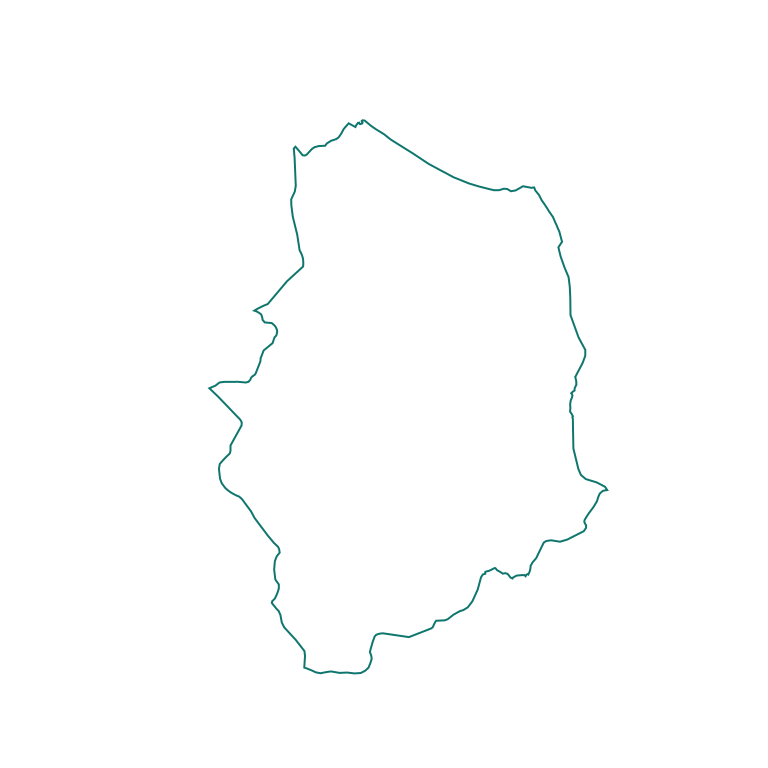 Carasova, Caras-Severin, Romania (Equal Earth projection), rotated 51°
{"feature_id": "2599482B41330185551696", "entity_name": "Carasova", "entity_type": "district", "adm_level": 2, "iso_a3": "ROU", "parent_name": "Romania", "parent_adm1": "Caras-Severin", "projection": "equal_earth", "projection_center": [21.908, 45.181], "detail": "fine", "context": "isolated", "style": "outline", "palette": "teal", "viewbox_px": 768, "rotation_deg": 51, "n_neighbors": 0, "source": "geoboundaries", "source_scale": "gbopen_adm2", "svg_char_len": 4557}
<svg xmlns="http://www.w3.org/2000/svg" viewBox="0 0 768 768"><g transform="rotate(51 384 384)"><path d="M594.0,583.9L595.0,579.0L594.7,574.6L592.6,570.7L590.0,566.7L589.8,566.6L588.4,565.6L586.9,564.8L585.3,564.2L583.6,563.8L581.5,561.1L579.5,558.2L577.5,555.4L575.7,552.4L574.4,550.3L574.0,548.0L574.5,546.3L575.2,544.7L576.1,543.2L577.1,541.7L596.4,523.9L603.7,501.0L603.6,498.8L602.7,497.3L602.0,495.7L601.3,494.2L600.8,492.5L605.9,485.5L606.9,482.5L607.0,475.0L608.3,467.8L609.6,464.7L610.3,459.5L608.5,452.1L602.7,440.5L599.0,435.4L595.3,430.3L594.2,427.1L595.2,424.7L594.6,424.3L593.9,423.8L593.9,422.8L595.1,420.4L595.8,418.0L596.2,415.7L596.7,413.8L597.3,413.3L598.4,413.3L599.2,413.3L599.7,413.3L600.1,413.2L602.7,412.1L606.2,411.0L606.8,409.8L607.5,408.6L609.6,407.4L614.1,407.5L616.0,406.5L615.6,405.8L615.9,403.9L616.2,402.1L616.6,401.2L617.0,400.4L618.3,398.7L619.3,397.0L620.6,395.7L620.9,395.1L621.6,395.0L622.5,394.9L622.1,394.0L621.8,393.3L622.0,392.6L622.2,391.8L622.8,391.7L621.9,389.7L621.2,388.5L620.4,387.5L619.6,386.4L618.6,385.4L618.1,385.0L617.6,384.5L616.1,380.7L615.1,375.2L613.5,371.9L607.8,359.7L608.1,356.8L610.6,352.5L617.3,346.5L620.2,339.6L624.1,321.4L623.0,317.6L621.0,315.8L620.1,315.8L619.3,315.7L618.5,315.5L617.7,315.3L617.2,315.1L616.0,313.8L614.6,310.1L613.4,306.3L612.4,302.4L611.4,298.5L609.1,292.2L607.9,290.5L606.8,288.8L605.8,287.0L604.9,285.2L604.8,281.1L606.0,278.8L606.9,277.3L603.0,276.9L594.4,280.6L584.9,287.0L578.7,288.2L572.5,286.5L553.3,277.4L529.7,259.0L528.4,258.6L528.0,257.5L525.4,257.0L522.6,256.8L520.1,254.4L516.8,252.0L514.4,249.4L512.9,246.6L511.6,244.8L510.0,244.3L509.0,244.3L508.8,242.2L509.0,240.0L507.5,238.8L505.4,234.7L504.6,234.3L503.3,233.1L502.1,232.5L500.1,231.5L498.8,230.9L498.3,229.3L497.9,228.7L492.7,216.5L488.8,209.9L484.2,206.1L470.3,203.5L447.8,195.7L434.4,185.1L425.3,178.4L417.1,173.3L413.6,172.3L406.8,170.3L396.1,166.5L390.1,163.7L387.5,162.4L385.5,156.1L382.7,154.9L375.6,151.7L372.5,151.0L369.4,150.0L366.2,149.2L360.5,147.6L353.4,147.1L351.6,146.8L346.1,146.2L340.3,145.8L334.7,144.6L328.8,144.6L325.7,143.6L324.4,145.9L317.8,151.5L316.4,159.9L314.1,164.0L310.1,165.5L307.7,167.9L305.8,172.6L302.7,176.5L298.7,179.6L294.4,182.8L290.1,186.0L285.7,189.0L281.2,192.0L267.0,199.9L258.1,203.6L253.7,205.5L245.1,209.1L240.7,210.9L223.1,216.4L212.1,220.2L201.0,224.0L198.7,224.8L194.4,225.8L190.2,226.7L180.8,230.0L175.3,231.6L167.2,233.2L166.4,233.9L165.6,234.6L165.6,235.9L166.4,236.2L167.2,236.1L167.8,236.8L167.4,238.2L167.0,239.1L165.8,239.2L165.3,238.9L164.7,239.9L165.1,241.0L165.1,242.0L166.3,244.5L159.2,247.4L160.4,254.6L162.5,259.6L163.8,264.2L163.6,267.0L161.6,272.3L161.1,277.1L161.8,279.8L159.9,282.4L158.0,285.0L156.2,289.1L156.0,292.2L157.1,299.8L156.9,300.8L156.6,301.8L155.0,303.3L150.1,303.3L147.0,303.4L143.9,303.5L144.3,306.0L151.9,311.1L174.4,327.8L178.3,332.2L182.1,339.9L186.7,343.5L196.6,349.6L213.4,357.5L227.1,365.5L229.3,365.9L231.5,366.4L233.6,367.2L235.6,368.1L237.0,369.0L238.8,370.3L240.4,371.6L241.8,373.0L243.1,394.7L248.7,424.0L247.6,427.6L246.7,431.2L246.7,431.4L245.9,435.0L245.4,438.6L247.0,437.6L248.7,436.8L250.5,436.2L252.4,435.7L253.8,436.0L255.2,436.6L256.5,437.2L257.7,438.0L261.1,437.9L266.0,432.9L269.2,432.3L270.1,432.3L271.0,432.3L271.9,432.4L272.7,432.6L273.6,432.8L274.4,433.1L275.2,433.5L276.0,433.9L278.5,437.1L278.9,439.9L282.1,444.8L282.2,456.4L286.5,463.9L287.3,464.5L288.0,465.2L288.7,466.0L289.2,466.8L295.2,477.4L295.5,479.0L295.4,479.9L295.3,480.9L295.3,481.8L295.4,482.7L295.6,483.6L296.6,485.3L297.0,488.0L295.9,490.4L290.5,496.0L281.6,507.1L279.3,510.9L279.2,515.9L277.4,522.4L289.1,520.9L318.4,518.4L319.3,518.3L320.3,518.2L321.3,518.2L322.3,518.3L323.3,518.5L324.3,518.7L326.6,520.8L335.2,542.0L338.9,545.0L339.4,545.5L339.9,546.1L340.4,546.7L340.7,547.3L341.0,548.0L341.3,552.1L341.7,555.3L342.2,558.7L342.8,562.0L346.1,565.7L354.4,571.0L359.2,572.6L365.3,572.8L370.2,571.8L370.7,571.6L373.2,570.8L375.7,569.8L378.1,568.7L380.4,567.4L384.0,566.8L399.3,567.5L406.6,568.9L428.8,569.7L438.6,569.5L443.8,568.8L446.3,569.4L449.4,571.2L450.4,575.8L453.0,580.3L459.0,586.1L467.6,591.5L473.6,591.9L476.7,594.4L478.0,596.3L479.2,598.2L480.3,600.2L481.3,602.2L482.1,604.0L482.5,607.7L483.6,609.0L491.7,609.0L494.0,608.7L498.4,609.9L505.0,613.5L510.4,614.7L527.5,613.6L541.5,613.9L545.6,616.5L554.2,624.4L556.8,622.8L559.5,621.3L562.3,619.8L565.1,618.5L568.9,615.3L570.1,612.9L571.4,610.5L572.7,608.2L574.2,605.9L580.6,600.3L585.0,594.3L590.4,589.0L594.0,583.9Z" fill="none" stroke="#0f766e" stroke-width="2"/></g></svg>